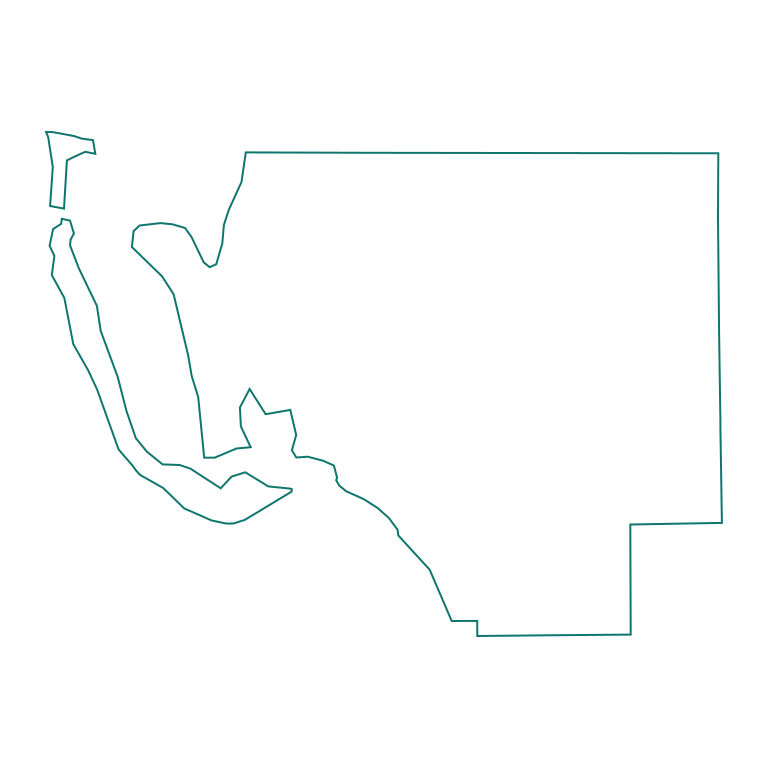 the district of Lee, Florida, United States of America
{"feature_id": "52423323B55479715593619", "entity_name": "Lee", "entity_type": "district", "adm_level": 2, "iso_a3": "USA", "parent_name": "United States of America", "parent_adm1": "Florida", "projection": "mercator", "projection_center": [-82.071, 26.553], "detail": "fine", "context": "isolated", "style": "outline", "palette": "teal", "viewbox_px": 768, "rotation_deg": 0, "n_neighbors": 0, "source": "geoboundaries", "source_scale": "gbopen_adm2", "svg_char_len": 1550}
<svg xmlns="http://www.w3.org/2000/svg" viewBox="0 0 768 768"><path d="M245.8,152.4L241.5,182.0L228.9,209.6L223.9,224.9L222.3,243.3L217.5,259.9L216.3,264.2L209.7,267.2L203.7,262.3L191.6,237.2L185.1,228.0L172.5,224.3L160.4,223.1L139.6,225.5L133.6,231.1L131.9,247.0L162.1,276.4L173.6,294.2L188.3,356.0L191.6,375.6L198.2,397.1L204.2,457.7L214.6,457.7L236.5,448.5L250.7,447.2L240.9,426.5L239.9,407.5L248.8,390.6L249.6,389.0L265.3,413.6L265.6,414.2L290.3,409.9L296.2,435.0L291.9,450.3L296.3,457.5L307.7,456.7L323.3,460.8L333.9,465.6L337.1,477.7L336.2,480.1L339.0,485.3L346.2,491.3L363.5,499.0L377.6,508.0L389.0,518.1L397.6,529.8L398.3,535.4L411.6,550.0L429.7,569.7L451.7,621.0L477.2,620.9L477.3,636.0L538.8,635.4L546.7,635.3L630.7,634.6L630.3,524.5L721.9,522.9L720.4,426.4L720.4,420.9L719.1,333.7L718.0,217.3L718.3,153.3L370.5,152.8L370.3,152.8L245.8,152.4ZM53.1,229.1L49.6,245.8L54.4,255.9L51.8,275.1L64.3,297.8L73.3,344.2L88.1,370.2L97.1,389.5L118.6,449.5L132.7,465.8L136.3,470.8L140.2,475.0L163.2,488.0L184.2,508.4L211.4,520.4L225.9,523.5L233.4,523.5L244.8,519.9L291.6,491.6L291.8,489.2L290.0,488.6L268.3,486.4L245.3,472.3L231.6,476.6L220.7,488.3L190.5,468.7L179.6,465.0L162.6,464.4L146.7,451.5L135.8,438.1L126.5,411.1L117.7,376.9L100.7,330.9L96.9,305.9L78.7,268.0L70.0,245.2L70.6,239.6L73.9,233.5L70.0,220.6L61.8,218.8L61.2,223.8L53.1,229.1ZM46.1,132.0L48.2,137.2L52.8,166.9L50.1,206.0L64.0,208.6L66.9,160.4L74.0,156.9L85.2,151.8L95.3,153.8L93.0,140.1L82.1,138.7L73.8,136.0L52.8,132.1L46.1,132.0Z" fill="none" stroke="#0f766e" stroke-width="2"/></svg>